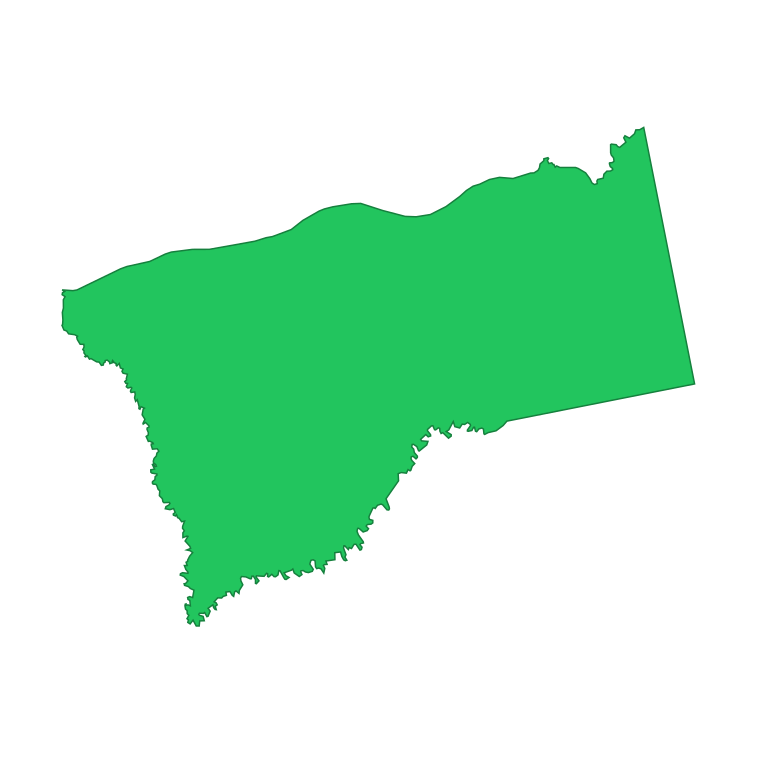 Chong Kal, Otdar Mean Chey, Cambodia, rotated 349°
{"feature_id": "14789045B71050789066686", "entity_name": "Chong Kal", "entity_type": "district", "adm_level": 2, "iso_a3": "KHM", "parent_name": "Cambodia", "parent_adm1": "Otdar Mean Chey", "projection": "natural_earth1", "projection_center": [103.539, 14.003], "detail": "fine", "context": "isolated", "style": "filled", "palette": "green", "viewbox_px": 768, "rotation_deg": 349, "n_neighbors": 0, "source": "geoboundaries", "source_scale": "gbopen_adm2", "svg_char_len": 6141}
<svg xmlns="http://www.w3.org/2000/svg" viewBox="0 0 768 768"><g transform="rotate(349 384 384)"><path d="M147.9,582.5L151.5,579.4L153.5,585.7L156.4,586.3L157.9,581.4L162.4,582.1L162.1,577.6L158.7,575.8L158.2,574.8L159.1,573.8L163.1,574.7L164.3,574.1L165.8,578.6L167.0,578.4L170.0,573.8L168.5,570.6L173.9,568.1L174.1,571.0L175.2,573.1L176.3,573.5L175.9,570.0L178.1,569.0L177.5,566.8L175.7,565.4L180.0,562.2L183.8,563.1L185.6,561.8L189.0,561.4L189.1,558.1L193.2,558.3L194.7,562.5L195.9,563.8L197.7,559.6L199.2,558.8L201.7,561.9L202.7,558.9L207.1,554.2L206.0,550.0L206.1,547.3L207.4,545.8L211.6,547.0L215.5,549.7L216.6,549.8L217.7,547.4L219.1,547.7L220.5,551.5L219.8,555.2L220.6,555.7L223.7,553.4L221.6,548.9L222.2,548.0L229.6,549.9L232.7,547.4L233.6,548.1L233.0,550.7L234.0,551.4L237.6,549.4L239.3,552.1L240.8,552.5L243.5,551.2L245.2,547.1L246.3,547.5L248.7,555.0L249.5,556.8L250.6,557.2L253.9,555.8L251.2,553.5L249.9,550.3L257.7,549.1L259.2,548.2L259.8,552.4L264.1,556.8L267.1,555.4L266.4,552.4L266.9,551.5L269.1,551.7L270.9,553.5L273.8,554.7L277.9,554.2L279.2,552.4L276.8,546.6L278.6,543.2L280.9,543.0L282.6,544.5L281.9,550.4L282.7,552.4L284.7,552.2L286.9,553.5L288.8,558.1L290.7,553.7L289.9,550.5L290.9,549.9L293.7,550.2L293.2,546.7L302.3,547.1L303.5,540.2L309.3,540.6L309.7,545.3L310.9,549.0L312.3,550.1L313.9,549.9L312.6,546.5L314.1,544.3L313.0,537.4L313.7,535.2L314.6,535.3L317.4,539.7L318.6,537.9L320.7,539.3L324.0,535.7L325.9,535.9L328.7,542.5L330.2,542.2L331.3,540.0L329.7,537.1L330.7,536.2L333.5,536.1L333.5,534.8L330.1,527.3L329.4,523.5L330.2,521.4L331.0,520.6L332.2,521.3L335.3,525.3L339.5,524.7L341.2,523.1L339.4,520.2L339.9,519.4L341.2,518.8L344.6,519.1L346.5,518.2L347.0,515.7L343.9,514.1L343.8,511.7L344.7,510.2L349.4,503.7L350.9,503.7L351.6,504.5L354.5,501.8L358.2,501.3L359.7,502.4L362.9,508.1L364.6,508.6L365.5,507.6L365.6,505.8L364.1,497.0L379.8,481.8L380.8,474.7L384.0,474.2L389.0,475.8L391.3,472.6L393.0,474.2L393.8,473.9L396.0,470.1L399.0,468.0L396.7,464.3L396.3,462.2L396.9,460.7L398.7,460.5L401.1,463.6L402.7,462.5L403.0,461.2L400.7,457.1L400.7,453.6L399.2,451.2L400.1,448.7L401.5,448.9L404.3,451.7L405.2,456.1L405.8,456.5L414.3,452.0L416.2,448.7L410.1,447.0L409.4,445.3L415.4,441.6L417.3,444.3L419.9,443.9L420.0,442.5L417.7,438.1L418.1,436.9L422.5,434.2L424.0,434.3L424.9,438.5L425.9,438.9L429.0,437.4L430.2,438.2L429.9,441.1L430.6,443.5L432.1,443.0L432.9,443.6L437.0,449.5L440.0,448.0L440.3,446.5L436.0,442.5L438.8,441.5L444.8,434.1L445.4,439.4L449.9,441.6L453.1,438.3L455.4,439.1L458.8,437.7L461.0,440.1L461.0,441.3L457.1,445.1L456.9,446.1L457.8,446.5L461.4,446.4L463.7,443.6L464.6,443.7L464.8,447.8L465.9,448.5L468.6,446.2L471.6,445.9L473.0,447.1L472.6,452.0L473.2,452.7L476.9,451.6L485.1,451.3L493.0,447.5L497.6,443.9L688.9,443.2L687.9,181.7L683.5,183.2L679.7,182.6L677.7,186.1L671.9,189.5L667.9,186.3L666.3,188.1L667.6,192.8L660.5,196.7L658.7,195.5L657.6,193.4L653.0,191.9L652.1,192.3L650.6,200.2L650.8,202.6L652.5,205.8L652.3,209.2L650.5,210.2L647.6,210.0L647.3,210.8L647.6,213.8L649.4,215.9L649.4,217.3L646.9,218.2L643.4,217.6L639.9,220.0L638.5,223.8L632.8,224.0L631.7,225.4L631.6,228.0L629.8,228.2L628.5,228.3L626.5,226.3L625.3,221.8L622.2,215.2L615.8,209.5L613.3,208.0L598.0,205.0L595.1,202.9L593.4,203.8L592.7,201.0L592.0,201.0L590.9,198.9L587.9,199.0L587.0,195.8L588.6,194.2L588.1,193.1L583.9,193.4L583.5,195.3L579.2,197.8L577.8,201.5L575.9,203.7L571.5,205.4L568.2,204.9L549.9,206.9L536.8,203.2L526.5,203.4L516.1,206.1L509.2,206.8L501.8,209.8L494.1,214.4L478.7,221.7L461.8,226.5L447.5,226.0L436.7,223.5L415.9,213.5L395.6,202.3L386.6,200.9L367.5,200.3L358.8,200.8L353.2,201.9L335.6,207.9L322.4,214.7L302.6,218.0L296.2,217.9L284.5,219.2L238.3,218.5L221.6,215.3L200.4,213.9L194.1,214.7L177.4,219.0L154.1,219.6L147.3,220.7L100.5,233.1L96.4,233.0L86.0,230.2L88.2,232.2L85.8,233.1L85.1,234.9L87.6,237.4L85.3,240.1L83.8,248.3L81.9,252.4L81.0,259.9L79.8,264.4L79.1,264.9L80.1,269.9L82.6,271.4L84.0,274.6L89.8,276.6L92.3,278.6L91.3,279.4L91.4,281.8L93.3,287.0L96.9,287.8L96.6,290.5L94.9,292.8L95.9,294.1L95.4,296.3L96.8,299.0L95.6,299.9L96.2,300.5L98.2,299.8L99.6,303.4L101.3,303.2L106.1,307.4L108.6,308.2L110.1,311.8L112.1,311.8L112.7,310.0L114.5,309.2L114.8,307.8L116.8,307.7L118.7,309.9L118.8,311.7L122.0,311.2L121.5,309.9L122.1,309.1L123.4,311.7L125.0,312.8L124.6,314.3L125.2,315.3L128.0,313.3L128.3,317.9L130.7,319.5L129.2,321.6L129.9,323.6L134.0,325.4L132.0,329.7L132.1,330.9L130.0,332.1L130.7,334.0L132.4,334.5L130.5,337.5L131.9,339.1L135.0,338.9L135.7,339.8L134.1,341.9L133.7,343.0L134.2,344.1L137.8,344.2L137.8,346.8L136.5,350.0L136.9,353.7L138.8,352.3L139.3,359.3L138.7,361.4L139.6,362.2L141.2,359.9L144.2,362.0L142.8,362.8L140.7,368.1L142.6,373.0L139.9,376.6L140.0,377.4L142.6,376.3L145.3,380.2L145.1,381.4L143.1,382.0L142.7,383.3L143.4,386.7L142.8,389.1L140.5,390.1L141.7,395.4L143.1,395.4L145.8,397.5L146.1,398.6L144.1,398.5L143.8,399.6L144.3,403.8L149.0,404.3L150.2,407.0L147.9,408.5L146.8,411.2L144.1,413.2L142.8,415.7L142.7,417.4L144.6,419.6L144.9,421.3L143.6,421.4L142.1,418.7L141.3,418.8L142.5,423.8L138.7,423.7L138.3,426.1L139.2,427.2L143.9,429.0L143.7,430.2L141.7,431.2L140.8,434.3L138.2,435.6L137.7,437.0L138.2,438.2L141.0,439.0L141.6,440.2L142.2,444.3L143.5,446.1L142.2,450.8L144.5,454.3L144.5,457.3L145.3,458.5L150.7,459.3L151.1,460.4L149.8,461.7L146.6,462.7L145.5,464.7L149.9,466.5L153.7,466.1L154.5,470.2L152.3,471.4L152.3,472.6L154.2,473.8L155.4,472.7L155.9,475.8L157.3,476.8L159.1,480.6L162.1,480.5L159.2,485.3L158.7,487.2L160.0,490.0L158.2,491.7L157.3,496.4L161.5,495.7L162.5,496.2L158.8,500.2L162.5,506.3L162.8,508.5L158.7,509.3L162.0,510.7L164.0,513.0L160.4,515.9L157.6,519.5L157.4,520.7L155.7,521.2L156.2,524.6L153.4,524.1L154.1,528.2L155.7,531.2L155.4,532.4L150.2,530.8L148.0,531.4L147.5,532.7L150.8,534.8L154.0,539.8L151.0,542.1L149.7,541.9L149.8,543.6L153.4,545.6L154.9,547.8L158.1,550.1L155.4,557.1L152.6,555.6L150.5,556.1L150.5,558.1L152.1,559.4L151.6,564.8L149.4,563.4L147.4,563.5L147.7,562.1L146.9,562.2L146.3,563.7L146.2,567.1L147.5,568.8L147.0,571.9L148.3,573.8L145.8,576.8L147.0,578.2L145.9,580.6L147.9,582.5Z" fill="#22c55e" stroke="#15803d" stroke-width="1.5"/></g></svg>